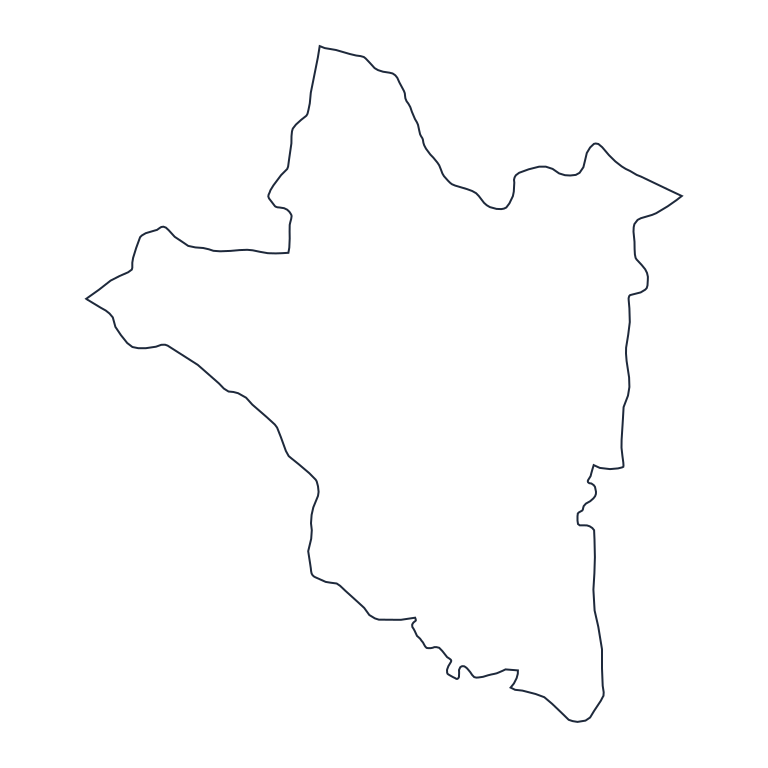 the district of Muong Lay, Điện Biên, Vietnam
{"feature_id": "81297802B55776801112281", "entity_name": "Muong Lay", "entity_type": "district", "adm_level": 2, "iso_a3": "VNM", "parent_name": "Vietnam", "parent_adm1": "Điện Biên", "projection": "robinson", "projection_center": [103.13, 22.03], "detail": "fine", "context": "isolated", "style": "outline", "palette": "slate", "viewbox_px": 768, "rotation_deg": 0, "n_neighbors": 0, "source": "geoboundaries", "source_scale": "gbopen_adm2", "svg_char_len": 5339}
<svg xmlns="http://www.w3.org/2000/svg" viewBox="0 0 768 768"><path d="M681.8,196.0L668.8,189.9L641.0,176.6L636.7,174.9L630.1,171.0L625.7,168.9L621.7,166.4L615.3,161.4L609.0,155.2L602.2,147.2L598.4,144.0L595.7,143.5L593.9,143.9L590.1,147.5L586.8,153.0L585.2,159.8L583.4,167.2L579.6,172.8L575.8,174.9L570.2,175.5L565.0,175.2L559.1,173.4L552.6,168.9L545.9,166.7L539.0,166.7L528.7,169.3L519.1,172.8L515.8,175.3L514.6,177.4L514.0,179.8L514.3,182.6L513.8,191.6L512.9,196.1L509.4,203.4L506.3,207.5L504.0,208.6L501.3,209.1L496.5,208.9L489.9,207.1L486.7,205.2L484.0,202.8L478.8,196.0L476.1,193.2L472.2,191.0L467.0,189.1L455.2,185.6L451.9,184.2L450.1,182.8L448.0,180.7L444.0,176.2L442.4,173.5L440.9,169.5L439.2,165.3L437.4,162.6L433.3,157.6L430.3,154.5L426.0,148.7L424.2,145.3L423.4,142.8L422.9,139.7L422.4,138.3L421.0,136.1L420.1,134.3L419.2,130.4L418.0,124.8L416.9,122.3L415.0,119.1L411.9,111.8L410.3,107.1L408.4,103.7L406.6,101.3L405.4,98.4L405.1,96.2L404.8,93.3L404.0,91.1L401.4,86.2L399.4,82.5L397.3,77.8L395.3,75.3L393.0,73.7L392.8,73.6L392.4,73.4L389.5,72.7L383.0,71.7L378.0,70.1L374.6,68.1L369.6,62.6L365.6,58.4L363.8,57.0L360.6,56.1L356.1,55.5L349.8,54.0L340.5,51.3L336.0,50.0L328.4,48.7L324.8,48.1L319.7,46.1L317.9,57.3L313.3,80.3L310.8,92.7L309.8,103.3L308.5,109.7L307.5,113.8L306.4,115.7L301.1,119.9L295.9,124.6L292.8,128.6L292.0,131.3L291.5,136.2L291.4,143.4L289.1,159.2L288.1,166.6L287.2,169.0L286.5,169.7L281.1,175.1L273.4,185.4L270.4,190.3L269.7,192.3L268.6,194.7L268.3,196.4L269.0,198.4L274.9,206.1L275.5,206.6L277.4,207.3L279.7,207.5L284.1,208.2L287.2,209.7L289.4,211.8L290.6,213.6L291.4,215.1L291.6,216.1L291.2,218.8L290.2,222.6L289.7,224.9L289.6,231.4L289.7,238.6L289.3,247.6L288.4,252.8L281.8,253.2L275.7,253.4L267.9,253.2L259.9,251.8L252.7,250.3L247.2,249.8L239.5,250.1L230.5,250.9L220.1,251.3L213.4,250.8L208.9,249.3L203.2,248.0L195.3,247.4L188.2,245.9L184.0,243.0L174.7,236.8L168.7,230.2L165.9,227.6L163.4,226.7L161.3,227.0L159.8,227.9L157.0,229.9L154.8,230.5L145.7,233.2L141.8,235.5L140.1,237.2L136.2,247.9L133.1,257.9L132.3,262.7L132.3,267.8L131.8,269.6L128.1,272.3L119.6,276.0L110.6,280.6L99.0,289.7L86.2,298.8L87.3,299.6L100.7,307.7L105.7,310.5L109.5,313.5L112.8,317.4L115.4,326.9L120.9,335.1L127.2,343.0L132.4,347.0L138.3,348.2L145.8,348.2L156.0,346.7L161.3,344.8L165.0,344.7L167.6,345.6L178.4,352.5L197.8,364.9L218.9,383.4L223.9,388.6L228.5,391.5L233.5,392.0L238.1,393.2L246.1,397.7L252.3,404.6L266.7,417.1L274.8,424.5L277.1,427.6L280.9,437.2L285.9,451.0L288.7,456.1L291.6,458.5L298.7,464.2L309.3,473.2L315.7,479.7L316.7,481.4L318.0,486.3L318.6,491.9L318.0,495.9L313.3,507.4L311.6,514.9L311.0,523.3L311.8,530.2L311.2,538.8L308.2,551.2L310.1,563.5L310.8,568.2L311.1,571.1L311.6,573.5L312.5,575.1L313.8,576.4L315.2,577.2L325.7,581.9L330.6,582.7L336.7,583.5L340.1,585.8L345.7,591.1L355.9,600.3L364.2,607.9L369.3,615.0L374.9,618.4L379.0,619.7L385.1,619.7L397.1,619.8L401.0,619.8L415.1,617.7L415.6,619.0L415.8,620.0L415.8,620.5L415.4,621.0L414.3,621.8L413.3,622.7L412.2,624.5L412.2,625.7L412.4,627.1L413.5,628.7L414.7,630.9L417.0,635.9L418.5,637.2L420.2,638.8L421.5,640.7L423.0,642.5L423.9,644.2L424.9,646.0L425.5,646.8L426.6,647.9L427.9,648.1L429.4,648.1L430.9,648.1L432.9,647.7L434.4,647.1L436.4,647.1L439.2,647.8L442.3,651.0L447.1,657.1L449.4,658.6L450.8,659.7L450.9,660.0L451.2,660.5L451.1,661.6L450.5,662.6L449.8,663.8L448.4,666.1L447.8,667.7L447.3,669.0L447.0,670.1L447.1,671.4L447.1,672.5L447.5,673.7L448.3,674.4L450.5,675.7L453.0,677.1L455.1,678.1L456.4,678.9L457.3,678.9L458.2,678.3L458.8,677.4L459.0,676.6L459.0,675.3L459.1,673.7L459.1,671.9L459.0,670.0L459.4,669.1L459.8,668.2L460.3,667.2L461.2,666.6L462.1,666.2L463.0,666.2L464.2,666.3L465.4,667.0L466.9,668.2L468.4,669.9L470.3,672.2L472.1,674.9L474.2,677.1L476.3,677.6L478.2,677.5L481.1,677.1L483.1,676.8L488.0,675.3L491.2,674.5L494.2,673.9L496.7,673.3L498.9,672.4L502.6,670.8L505.5,669.4L517.9,670.4L517.8,673.8L516.6,678.2L513.9,683.5L510.6,687.6L515.1,689.8L522.4,690.6L535.6,694.0L544.3,697.2L552.1,703.8L560.9,712.2L568.7,719.8L572.6,721.1L577.5,721.9L585.5,720.6L590.1,717.5L594.1,710.9L600.8,700.8L602.5,697.5L603.2,696.2L603.5,695.8L603.5,695.2L603.7,692.3L602.7,685.8L602.0,668.4L602.0,649.3L598.3,626.8L594.6,610.5L593.4,589.7L594.4,573.2L594.9,557.2L594.5,539.6L594.1,530.2L592.3,528.0L590.9,527.1L589.7,526.3L586.9,525.4L582.1,525.3L579.7,525.3L578.0,524.0L577.5,520.6L577.5,517.6L577.5,516.0L577.7,514.8L577.8,513.5L578.9,512.4L582.3,510.5L582.9,509.4L583.1,508.2L583.7,506.1L585.9,503.6L590.2,501.2L593.4,498.4L595.1,496.2L595.9,494.0L596.0,491.8L595.0,486.9L593.8,485.2L591.4,483.5L589.3,483.2L588.1,482.3L587.9,481.7L587.8,481.0L588.1,480.1L590.6,476.1L591.3,473.3L592.6,468.7L593.7,465.1L599.8,467.9L610.0,469.1L618.0,468.4L622.1,467.4L623.3,466.8L623.5,465.5L623.3,462.5L622.4,455.8L621.5,447.7L621.6,439.9L622.9,419.4L623.6,407.1L628.0,395.6L629.4,387.0L629.1,377.5L626.6,361.0L626.0,353.5L626.1,347.7L628.2,334.8L629.8,322.1L629.4,308.3L628.7,300.3L628.6,298.2L629.2,296.1L630.1,295.1L640.7,292.4L645.2,289.7L646.7,288.1L647.5,285.4L647.7,281.8L647.8,280.3L647.9,276.8L647.0,272.9L645.2,269.3L641.8,265.1L636.6,259.5L635.6,257.9L634.9,254.4L634.6,249.0L634.5,241.8L633.5,231.7L633.7,227.2L634.4,224.1L637.6,219.9L640.9,218.2L652.1,214.9L656.2,213.2L667.7,206.3L676.8,199.9L681.8,196.0Z" fill="none" stroke="#1e293b" stroke-width="2"/></svg>